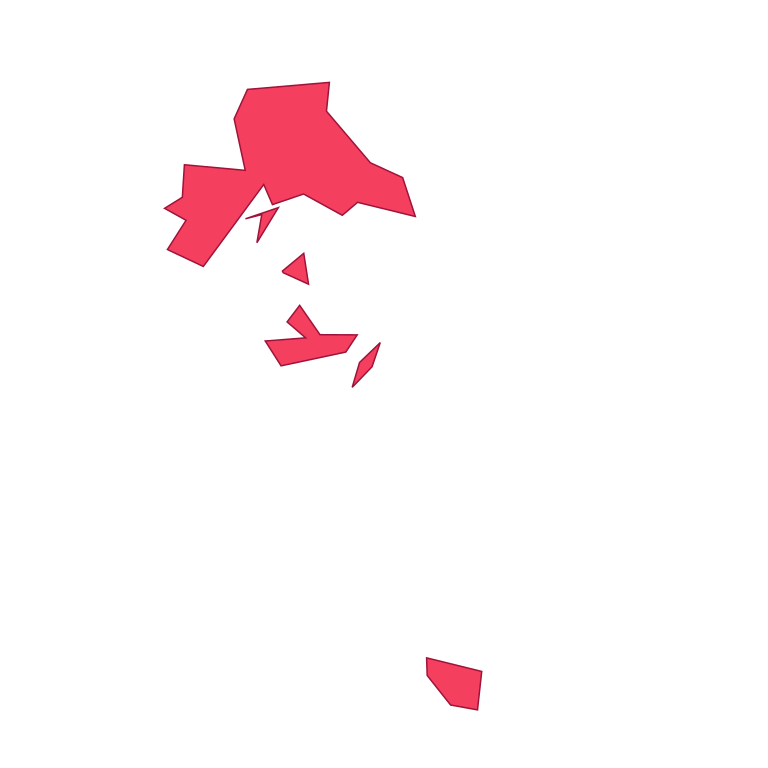 the border of Attiki, rotated 324°
{"feature_id": "GRC-2884", "entity_name": "Attiki", "entity_type": "Region", "adm_level": 1, "iso_a3": "GRC", "parent_name": "Greece", "parent_adm1": "", "projection": "mercator", "projection_center": [23.522, 37.086], "detail": "coarse", "context": "isolated", "style": "filled", "palette": "rose", "viewbox_px": 768, "rotation_deg": 324, "n_neighbors": 0, "source": "natural_earth", "source_scale": "10m", "svg_char_len": 772}
<svg xmlns="http://www.w3.org/2000/svg" viewBox="0 0 768 768"><g transform="rotate(324 384 384)"><path d="M446.7,65.4L517.1,107.9L497.8,129.5L503.0,197.0L520.4,228.0L507.8,266.9L469.4,221.5L449.4,223.0L430.6,183.0L399.2,173.3L404.0,151.9L306.9,182.7L287.8,147.9L320.1,135.2L309.7,112.9L330.6,114.4L351.4,89.3L397.3,129.6L418.6,81.4L446.7,65.4ZM313.2,279.4L347.7,300.6L342.1,276.8L362.0,270.8L361.2,306.5L391.2,328.5L371.9,335.7L311.4,308.8L313.2,279.4ZM257.5,630.6L294.1,674.0L268.1,702.6L249.2,682.9L247.6,645.2L257.5,630.6ZM364.2,195.0L384.7,175.1L369.0,168.9L402.2,179.2L364.2,195.0ZM395.9,231.1L381.6,258.9L367.9,234.8L368.2,232.9L395.9,231.1ZM405.3,348.3L384.5,363.0L356.3,368.0L376.9,352.2L405.3,348.3Z" fill="#f43f5e" stroke="#9f1239" stroke-width="1.5"/></g></svg>